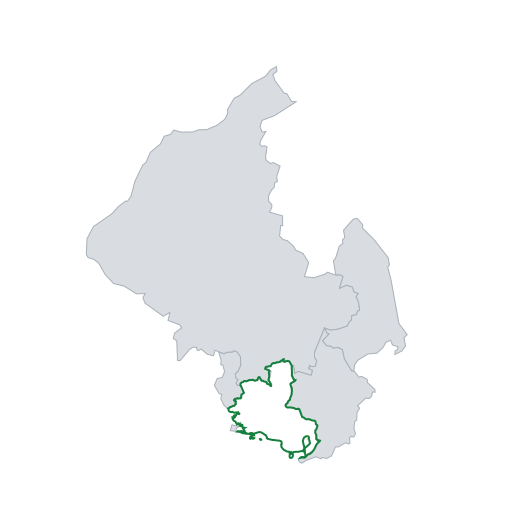 map of Venezuela with Brazil, Peru, Colombia and 2 others greyed out, rotated 195°
{"feature_id": "VEN", "entity_name": "Venezuela", "entity_type": "country or territory", "adm_level": 0, "iso_a3": "VEN", "parent_name": "South America", "parent_adm1": "", "projection": "robinson", "projection_center": [-65.797, 6.433], "detail": "fine", "context": "with_neighbors", "style": "outline", "palette": "green", "viewbox_px": 512, "rotation_deg": 195, "n_neighbors": 5, "source": "natural_earth", "source_scale": "50m", "svg_char_len": 10376}
<svg xmlns="http://www.w3.org/2000/svg" viewBox="0 0 512 512"><g transform="rotate(195 256 256)"><path d="M285.3,444.3L283.6,439.7L286.8,435.8L283.0,430.3L270.9,420.5L268.3,420.8L261.6,414.5L257.1,415.4L274.5,396.3L285.3,388.5L285.6,382.0L282.2,377.3L278.7,378.9L281.3,369.3L281.4,364.9L278.9,363.4L276.2,364.7L273.6,364.3L272.3,353.7L271.0,351.3L266.3,349.1L263.4,350.7L256.0,349.1L256.6,338.1L254.6,333.5L256.8,331.8L256.2,327.2L258.1,323.6L259.5,317.2L257.9,312.1L254.0,309.8L253.3,306.6L254.4,301.9L240.7,301.6L238.1,292.1L240.1,292.0L238.4,281.4L234.3,278.9L229.8,279.0L222.0,275.0L219.2,272.0L211.2,270.6L203.4,263.3L203.9,248.6L194.5,250.0L184.5,256.4L182.9,258.8L173.9,258.3L169.9,259.7L166.6,258.8L167.0,246.4L161.2,251.2L154.8,251.0L152.1,246.7L147.4,246.2L148.9,242.7L144.8,237.7L141.8,230.4L143.7,228.9L143.7,225.5L148.0,223.1L147.3,218.7L149.1,215.9L149.6,212.1L157.8,206.5L164.7,203.7L171.2,204.1L174.5,178.2L173.4,173.6L170.2,170.6L170.2,164.7L174.3,163.3L175.7,164.2L176.0,161.0L171.8,160.2L171.7,155.1L185.7,155.3L188.1,152.5L191.5,159.9L192.9,158.9L196.8,163.2L202.4,162.6L203.8,160.1L212.1,156.9L213.0,153.4L218.1,151.1L217.7,149.4L211.6,148.7L210.9,138.1L207.7,136.0L209.0,135.3L220.1,138.3L222.1,136.4L235.4,132.1L238.0,129.0L237.0,126.7L240.8,126.3L242.4,128.2L241.5,131.8L244.0,133.0L245.6,136.8L243.6,139.7L242.5,146.6L244.9,154.5L249.3,158.3L252.9,158.7L253.6,157.1L259.2,155.4L261.5,153.2L271.2,154.3L271.3,148.6L277.6,148.5L284.9,151.9L287.1,149.7L288.7,150.0L289.7,152.3L293.1,151.7L295.9,148.7L302.3,135.2L304.8,134.8L310.6,153.6L314.5,154.9L314.7,160.5L309.3,167.3L311.6,169.7L324.3,171.0L324.5,179.2L330.0,173.8L351.0,181.7L354.5,186.5L353.3,191.0L361.6,188.5L375.6,192.8L386.4,192.5L397.0,199.2L406.1,208.4L411.6,210.7L417.7,211.0L420.3,213.6L423.7,228.9L420.6,242.4L406.4,259.1L401.6,268.3L396.2,275.3L394.4,275.5L392.2,281.5L392.3,296.8L388.9,314.7L386.5,317.9L384.9,328.8L377.3,339.5L375.7,347.9L369.9,351.4L368.1,356.3L360.4,356.3L349.2,359.4L344.2,363.0L336.2,365.4L327.8,371.9L321.5,380.0L320.3,386.1L321.3,390.6L317.9,402.8L312.9,407.3L304.6,421.6L293.5,431.9L290.0,439.6L285.3,444.3Z" fill="#d9dde1" stroke="#a8b0b8" stroke-width="1"/><path d="M171.2,204.1L164.7,203.7L157.8,206.5L149.6,212.1L149.1,215.9L147.3,218.7L148.0,223.1L143.7,225.5L143.7,228.9L141.8,230.4L144.8,237.7L148.9,242.7L147.4,246.2L152.1,246.7L154.8,251.0L161.2,251.2L167.0,246.4L166.6,258.8L169.9,259.7L173.9,258.3L180.1,271.5L178.6,274.2L178.1,286.9L175.4,290.9L176.7,294.0L175.0,296.7L178.1,303.6L171.8,316.5L168.2,318.6L161.0,313.9L160.4,310.6L146.2,302.4L127.8,288.5L124.8,281.7L125.9,279.4L119.8,268.7L100.4,227.7L89.6,219.1L91.9,215.5L88.3,207.7L90.6,202.0L96.3,196.8L97.1,200.2L95.1,202.2L95.3,205.1L101.2,205.4L104.2,209.5L108.3,206.1L109.6,200.6L114.0,193.5L122.6,190.3L130.5,181.8L132.7,176.5L131.7,170.3L133.6,169.5L144.0,179.3L148.3,187.9L153.6,188.9L157.6,186.8L160.2,188.2L164.5,187.5L170.0,191.3L165.4,199.6L167.6,199.8L171.2,204.1Z" fill="#d9dde1" stroke="#a8b0b8" stroke-width="1"/><path d="M192.9,158.9L191.5,159.9L188.1,152.5L185.7,155.3L171.7,155.1L171.8,160.2L176.0,161.0L175.7,164.2L174.3,163.3L170.2,164.7L170.2,170.6L173.4,173.6L174.5,178.2L171.2,204.1L167.6,199.8L165.4,199.6L170.0,191.3L164.5,187.5L160.2,188.2L157.6,186.8L153.6,188.9L148.3,187.9L144.0,179.3L133.6,169.5L131.7,170.3L125.1,165.7L123.0,167.0L116.9,165.8L115.2,162.3L106.6,157.8L105.7,155.3L108.4,154.7L108.0,150.6L109.7,147.6L113.3,147.1L119.1,137.7L116.5,135.8L117.9,131.0L116.3,123.6L117.8,121.4L116.7,114.5L113.9,110.2L114.8,106.2L117.1,106.8L118.5,104.4L116.8,99.6L117.7,98.4L121.4,98.7L126.8,93.0L129.8,92.1L131.3,82.5L135.4,78.7L139.9,78.6L140.5,76.9L146.1,77.6L154.6,71.6L158.0,67.7L160.6,68.2L162.4,70.3L161.0,73.1L156.4,74.4L154.6,78.5L149.7,83.9L146.8,94.5L150.5,95.0L153.0,100.6L152.9,108.6L154.7,109.2L156.4,112.1L165.6,111.3L169.8,112.3L174.8,119.4L187.0,118.0L189.5,119.4L186.6,126.5L186.0,132.4L189.8,142.0L186.1,146.1L190.7,150.7L192.9,158.9Z" fill="#d9dde1" stroke="#a8b0b8" stroke-width="1"/><path d="M267.2,153.6L261.5,153.2L259.2,155.4L253.6,157.1L252.9,158.7L249.3,158.3L244.9,154.5L242.5,146.6L243.6,139.7L245.6,136.8L244.0,133.0L241.5,131.8L242.4,128.2L240.8,126.3L237.0,126.7L232.1,120.5L234.1,118.3L233.9,114.5L240.1,111.7L237.7,108.6L238.3,105.7L243.9,100.9L248.7,103.9L253.1,109.2L253.3,113.4L256.1,113.6L262.8,120.4L261.7,127.7L257.3,129.8L256.4,136.0L259.6,141.9L261.9,141.9L262.8,146.5L267.2,153.6Z" fill="#d9dde1" stroke="#a8b0b8" stroke-width="1"/><path d="M230.1,81.4L235.7,80.6L235.5,86.7L228.2,86.8L230.3,84.6L230.1,81.4Z" fill="#d9dde1" stroke="#a8b0b8" stroke-width="1"/><path d="M242.1,99.4L243.4,101.4L243.4,101.6L243.3,101.8L242.5,102.3L242.3,102.5L242.0,103.4L240.9,103.9L240.2,104.5L239.5,105.3L238.5,105.4L238.2,105.7L237.8,106.7L237.6,107.2L237.1,107.6L237.1,107.9L237.8,109.1L237.9,109.4L237.7,109.9L237.7,110.3L238.1,110.7L238.5,110.8L238.9,110.7L239.4,110.7L239.8,110.8L239.9,111.3L239.7,112.0L239.4,112.5L238.0,113.2L237.1,113.9L236.4,113.7L236.0,113.8L235.5,114.2L234.3,114.4L234.0,114.5L233.8,114.9L233.6,115.4L234.0,116.5L234.0,117.0L234.2,118.4L233.9,118.7L233.5,119.1L232.9,119.8L232.3,120.7L232.4,120.9L237.0,126.7L237.5,127.0L238.0,128.4L238.0,128.7L237.8,129.2L237.4,129.7L237.0,130.2L235.8,130.9L235.4,131.8L235.1,132.1L234.4,132.4L233.1,132.3L232.5,132.9L231.7,133.2L231.1,134.1L229.2,134.9L227.3,135.4L226.8,135.7L225.0,135.2L224.5,135.3L223.5,136.1L223.1,136.1L222.8,136.3L222.6,137.0L222.4,139.1L221.8,139.8L221.0,139.8L220.4,139.0L219.8,138.5L218.6,137.1L218.3,136.9L218.0,136.9L216.9,137.3L216.0,136.9L213.4,137.0L213.0,136.7L212.7,135.9L212.2,135.4L211.7,135.3L209.4,135.3L209.1,135.2L208.8,134.5L208.3,134.2L207.9,134.2L207.7,134.6L208.5,135.7L208.7,136.4L209.5,137.3L211.6,139.2L212.0,139.8L211.9,141.8L212.0,142.9L212.5,144.6L213.3,146.2L213.5,147.3L213.3,148.1L213.2,148.5L213.4,148.8L214.1,149.1L215.6,149.2L216.5,149.2L217.9,149.4L218.0,150.0L217.9,151.0L217.6,151.5L217.4,151.7L216.6,151.8L215.8,152.4L214.7,153.0L214.0,153.0L213.5,153.3L213.3,153.5L213.1,154.6L212.7,155.9L212.1,156.6L211.4,157.2L210.6,157.3L210.1,157.2L209.8,157.4L208.7,158.5L208.3,158.9L207.7,158.8L207.0,159.1L206.2,159.6L205.6,160.0L205.1,160.7L204.5,161.5L203.8,162.0L202.9,163.4L202.4,163.5L202.3,163.0L202.6,162.2L202.3,161.5L201.7,161.2L201.2,161.1L200.5,161.4L199.2,162.5L198.7,162.7L197.0,162.9L196.7,162.8L196.1,162.4L192.9,159.1L192.7,158.6L192.8,158.0L192.5,157.2L192.3,156.3L192.1,156.0L192.0,155.4L191.3,153.3L191.0,152.8L191.1,152.4L191.0,151.9L190.8,151.6L190.4,150.5L190.5,150.1L190.4,149.6L189.7,148.9L189.1,148.2L188.5,147.5L187.9,147.1L187.7,146.5L187.5,146.3L187.2,146.2L186.4,146.0L185.8,146.3L185.8,145.8L186.0,145.5L188.3,143.1L189.4,142.0L189.5,141.8L189.7,141.2L188.4,139.0L187.6,138.3L187.2,137.6L186.7,135.8L186.3,134.8L186.2,134.2L186.2,133.4L186.1,132.8L185.8,132.3L185.8,131.0L186.1,128.9L186.2,127.2L186.0,126.1L186.3,125.3L187.0,124.7L187.4,123.8L187.4,122.5L187.8,121.5L188.6,120.7L188.8,120.0L188.6,119.2L188.5,118.7L187.9,118.2L186.8,117.8L185.8,117.8L185.2,118.2L183.8,118.6L181.4,118.9L179.5,118.9L178.1,118.5L177.0,118.7L176.2,119.2L175.7,119.4L175.4,119.0L175.0,119.0L174.5,119.2L172.3,116.1L169.8,112.5L169.5,112.4L168.5,112.4L167.7,112.2L166.6,111.7L165.7,111.3L165.1,111.3L164.6,111.4L163.2,112.1L162.3,112.1L161.7,112.1L160.0,111.8L158.8,111.7L156.8,112.1L156.0,111.7L155.5,111.2L154.6,109.0L153.3,108.6L152.9,108.3L152.7,107.7L152.7,107.0L152.9,104.1L153.5,103.2L153.3,101.5L153.1,100.7L151.4,98.7L150.4,94.8L150.0,94.6L149.7,94.7L149.3,94.6L148.9,93.8L148.6,93.6L147.6,94.1L146.6,94.3L146.3,94.1L146.4,93.9L147.4,92.1L148.5,90.3L148.9,89.3L149.4,86.0L150.0,83.6L150.9,81.6L151.3,80.7L152.5,79.0L153.0,78.5L154.4,77.8L156.2,74.5L156.5,74.0L159.6,73.1L161.1,72.4L160.9,72.8L160.4,73.3L159.9,73.6L157.2,74.3L156.5,74.8L156.5,75.5L156.6,76.0L157.4,77.9L157.7,78.3L158.8,79.3L158.5,79.4L158.1,79.5L158.4,80.8L159.1,81.6L159.1,82.2L158.6,83.9L157.7,85.0L157.0,86.2L156.5,86.7L155.3,89.1L156.2,90.5L156.3,91.2L157.1,92.2L157.5,92.6L157.9,93.0L157.7,93.7L158.0,94.6L158.4,95.1L158.9,95.3L159.5,95.3L161.2,94.7L161.6,94.4L161.8,93.9L162.7,92.9L162.8,91.5L162.9,90.0L162.7,88.9L161.8,87.4L161.5,86.4L160.6,85.4L160.0,83.7L159.8,83.2L159.5,81.2L160.1,80.8L160.0,79.7L161.5,79.4L164.7,77.7L166.6,77.3L168.9,76.4L169.4,75.9L169.9,75.2L170.2,75.1L171.4,75.8L171.9,75.5L172.2,75.0L171.9,73.9L171.2,73.9L169.2,74.3L169.0,73.9L169.0,73.5L168.5,72.2L169.1,70.5L169.7,70.1L170.5,69.8L171.2,70.3L171.6,70.8L171.8,71.3L171.9,72.6L172.3,73.9L172.6,74.8L173.2,75.5L173.6,75.5L173.9,75.3L176.0,75.2L177.3,75.7L178.9,75.9L180.4,76.9L182.0,78.1L182.4,79.0L182.5,79.8L182.9,80.4L182.5,81.0L182.7,81.9L183.2,82.9L183.8,83.5L185.8,83.7L187.8,83.3L191.0,82.9L192.1,82.6L197.4,82.4L198.4,82.9L198.5,83.7L200.2,85.5L201.6,85.7L202.8,86.3L204.1,86.6L205.4,87.0L206.2,86.9L206.7,86.8L207.4,86.8L212.1,83.8L214.7,83.9L215.4,83.5L214.5,83.0L212.4,82.8L211.7,83.1L211.4,82.4L212.0,82.4L214.4,82.2L217.1,82.3L219.3,81.8L220.4,81.7L221.0,81.8L222.8,81.4L226.1,81.9L228.7,81.5L228.4,82.0L227.5,82.3L226.1,82.4L225.1,83.1L222.8,83.0L221.3,83.2L221.8,83.4L221.8,84.2L222.0,84.3L222.8,84.8L222.9,85.2L223.1,85.9L222.9,86.7L222.5,87.1L223.2,87.0L223.5,86.6L223.5,86.2L223.5,85.8L223.9,85.9L224.1,86.1L225.0,88.2L225.5,89.3L225.8,89.2L226.0,89.0L226.2,88.5L226.5,88.8L226.7,89.0L226.6,88.5L226.8,87.9L226.7,87.7L227.0,87.7L227.3,87.8L227.7,87.9L228.5,88.6L229.0,89.3L229.0,89.7L229.2,90.0L229.6,90.2L229.7,90.6L229.8,90.0L229.6,89.6L229.5,89.1L230.5,89.1L230.8,88.4L231.3,88.8L232.8,90.6L233.3,90.8L234.9,91.2L235.9,92.0L236.5,92.8L236.2,93.6L235.2,94.0L234.9,94.5L234.6,94.9L234.6,95.4L234.4,96.0L234.1,97.0L233.8,98.0L233.3,99.0L230.6,99.0L231.9,99.7L232.9,100.5L233.6,99.9L234.8,99.8L236.0,99.1L236.5,99.0L238.7,99.4L239.3,98.9L239.8,98.7L241.0,98.8L242.1,99.4ZM214.6,78.3L214.8,79.4L214.7,79.6L214.1,80.3L213.1,80.4L212.8,80.2L212.3,79.7L211.9,79.9L210.9,79.7L210.6,79.6L211.0,79.0L212.0,78.7L212.2,79.1L212.7,79.4L213.3,79.4L213.4,78.9L214.2,78.0L214.6,78.3ZM235.6,96.5L234.6,97.0L234.5,96.1L234.7,95.9L235.6,95.1L235.8,95.3L235.7,95.5L236.1,95.7L236.0,96.1L235.6,96.5ZM204.8,80.2L204.4,80.4L203.7,80.2L203.4,79.9L203.6,79.6L204.2,79.6L204.7,80.0L204.8,80.2ZM236.3,94.6L235.4,94.9L235.5,94.6L235.7,94.3L236.1,94.1L236.3,94.0L236.6,93.9L236.9,94.1L236.5,94.3L236.3,94.6Z" fill="none" stroke="#15803d" stroke-width="2"/></g></svg>